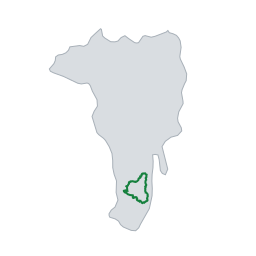 Santa Cruz del Seybo, El Seybo, Dominican Republic (highlighted), rotated 80°
{"feature_id": "3306468B51823501845904", "entity_name": "Santa Cruz del Seybo", "entity_type": "district", "adm_level": 2, "iso_a3": "DOM", "parent_name": "Dominican Republic", "parent_adm1": "El Seybo", "projection": "orthographic", "projection_center": [-69.057, 18.747], "detail": "fine", "context": "in_parent", "style": "outline", "palette": "green", "viewbox_px": 256, "rotation_deg": 80, "n_neighbors": 0, "source": "geoboundaries", "source_scale": "gbopen_adm2", "svg_char_len": 5609}
<svg xmlns="http://www.w3.org/2000/svg" viewBox="0 0 256 256"><g transform="rotate(80 128 128)"><path d="M38.0,171.1L38.4,161.3L39.9,157.4L38.6,153.2L32.5,148.7L28.7,142.9L25.5,137.8L26.2,137.1L33.0,137.0L35.4,135.2L40.0,130.1L40.9,125.9L40.6,122.8L37.7,119.0L36.6,115.0L40.3,111.6L45.1,106.6L45.8,104.7L45.8,102.8L40.3,97.4L40.0,95.1L42.6,89.4L42.4,85.5L40.1,73.6L38.9,71.8L41.3,70.8L43.0,67.3L45.2,64.2L48.1,62.5L51.3,61.5L57.8,61.7L66.7,64.6L69.2,64.5L77.8,62.1L84.9,60.8L91.5,62.5L94.2,64.6L99.7,68.1L102.5,69.2L111.2,69.2L113.6,69.5L120.9,75.2L127.0,77.5L130.6,77.6L137.0,75.5L140.2,75.6L143.9,80.4L144.5,87.3L147.6,93.6L152.2,97.7L175.4,96.0L180.5,99.3L178.7,102.1L175.5,103.5L164.5,102.8L159.7,103.2L158.7,105.9L158.7,108.4L165.1,109.0L171.4,110.3L177.8,112.3L184.4,113.7L191.8,114.6L199.0,116.1L211.1,121.0L224.6,132.2L228.2,134.8L230.5,138.3L229.4,142.6L224.7,149.8L221.9,152.1L218.0,153.5L215.3,156.4L212.7,161.4L211.1,161.8L209.2,161.6L206.0,158.8L203.6,154.5L197.2,150.4L189.5,150.9L178.1,148.5L171.2,149.7L164.4,149.9L157.4,148.7L150.3,148.2L143.2,149.7L136.4,152.3L133.9,153.9L129.4,158.0L127.1,159.4L110.4,161.4L105.6,158.4L101.2,154.3L94.8,153.6L85.5,156.7L79.7,157.8L77.3,159.1L76.6,160.6L76.5,166.3L75.2,169.7L66.0,182.6L60.7,191.8L58.6,194.6L56.2,195.2L51.8,189.8L48.9,187.9L45.4,186.9L44.0,184.0L44.1,180.0L43.2,176.2L41.1,173.1L38.0,171.1Z" fill="#d9dde1" stroke="#a8b0b8" stroke-width="1"/><path d="M186.8,119.9L186.5,120.1L186.2,120.2L186.1,120.3L185.6,120.3L185.3,120.4L185.2,120.4L184.9,120.3L184.3,120.3L184.1,120.2L183.5,120.0L183.3,119.9L183.0,119.8L182.8,119.7L182.7,119.7L182.3,119.3L182.2,119.1L181.8,119.1L181.2,119.1L180.6,119.3L180.4,119.3L180.2,119.2L180.1,118.9L180.0,118.7L179.9,118.6L179.6,118.4L179.4,118.4L179.1,118.4L178.9,118.4L178.7,118.2L178.4,118.2L178.2,118.1L177.8,118.0L177.5,117.9L177.2,117.8L177.0,118.2L176.7,118.6L176.3,118.7L176.0,118.8L175.8,118.9L175.7,118.9L175.6,119.0L175.6,120.0L175.5,120.3L175.5,120.5L175.4,120.7L175.4,120.8L175.5,120.9L175.7,121.2L175.7,121.3L175.5,121.6L175.4,121.8L175.6,122.1L175.7,122.3L175.9,122.4L176.3,122.8L176.6,122.7L176.8,122.7L177.1,122.8L177.3,122.9L177.4,123.0L177.5,123.1L177.6,123.5L177.7,123.9L177.7,124.2L177.9,124.4L177.9,124.5L178.0,124.5L178.5,124.4L178.6,124.2L178.8,124.2L179.1,124.7L179.3,125.0L179.4,125.3L179.4,126.0L179.5,126.2L179.7,126.4L180.0,126.5L180.6,126.6L180.8,126.7L181.1,126.9L181.1,127.0L181.3,127.3L181.6,127.7L181.8,127.9L182.0,128.2L182.1,128.6L182.2,129.1L182.3,129.3L182.5,129.6L182.5,129.8L182.4,129.9L182.2,130.0L182.3,130.3L182.3,130.5L182.0,130.8L181.9,130.9L181.9,131.0L181.9,131.3L181.8,131.6L181.7,131.8L181.5,132.2L181.3,132.3L181.2,132.5L181.2,133.6L181.1,133.9L181.0,134.1L181.0,134.6L181.3,134.6L181.5,134.8L181.5,135.1L181.5,136.3L181.6,136.5L181.8,136.6L182.9,136.6L183.0,136.6L183.2,136.8L183.2,137.0L183.3,137.1L183.4,137.3L183.7,137.6L183.9,137.7L184.7,138.1L184.8,138.2L184.8,138.3L184.9,138.7L185.0,138.8L185.1,139.0L185.1,139.3L185.0,139.6L185.1,139.8L185.3,139.7L185.5,139.5L185.8,139.4L186.0,139.3L186.8,139.3L187.0,139.3L187.4,139.4L187.6,139.4L188.9,139.5L189.6,139.5L189.8,139.5L189.7,139.8L189.8,140.1L189.7,140.3L189.2,140.5L189.0,140.9L189.1,141.1L189.0,141.4L189.0,141.6L189.1,141.9L189.1,142.0L189.1,142.3L189.0,142.5L189.0,142.8L189.1,143.0L189.6,143.0L189.8,143.0L189.9,142.9L190.2,142.7L190.6,142.4L190.8,142.3L190.8,142.2L191.1,141.8L191.2,141.7L191.3,141.6L191.4,141.4L191.5,141.2L191.5,140.9L191.6,140.7L191.9,140.6L192.2,140.4L192.7,140.1L192.8,140.0L193.1,139.8L193.1,139.7L193.3,139.4L193.6,139.0L193.8,138.7L194.0,138.2L194.3,137.8L194.5,137.5L194.5,137.4L194.5,137.0L194.6,136.8L194.7,136.4L194.8,136.4L194.9,136.2L195.0,136.1L195.0,135.9L195.1,135.7L195.0,135.3L195.0,135.2L195.1,134.9L195.3,134.9L195.6,135.0L195.8,135.0L196.1,134.9L196.3,134.9L196.6,135.0L196.8,135.0L197.1,135.3L197.3,135.3L197.5,135.3L197.8,135.0L197.9,134.8L197.9,134.7L197.8,134.4L197.7,134.4L197.3,134.2L197.2,134.0L197.2,133.9L197.4,133.5L197.5,133.4L197.7,133.2L197.7,132.8L197.6,132.7L197.4,132.5L197.4,132.4L197.5,132.3L197.5,132.1L197.6,131.9L197.8,131.8L197.8,131.6L198.0,131.5L198.4,131.5L198.5,131.5L198.7,131.4L199.2,131.3L199.3,131.3L199.5,131.2L199.7,131.3L199.8,131.4L199.9,131.5L200.0,131.7L200.3,131.7L200.7,131.5L200.8,131.4L201.0,131.1L201.2,130.9L201.3,130.8L201.6,130.4L201.7,130.1L201.8,130.0L201.7,130.0L201.5,129.7L201.5,129.4L201.9,129.0L201.9,128.9L202.0,128.8L201.9,128.7L201.9,128.4L202.0,128.4L202.5,128.2L203.0,127.7L203.5,127.4L204.0,127.4L204.4,126.9L204.5,126.8L204.5,126.7L204.3,126.2L204.2,126.0L204.0,125.7L203.9,125.3L204.2,125.0L204.3,124.9L204.2,124.8L204.1,124.5L203.9,124.2L203.8,123.9L203.5,123.6L203.5,123.3L203.4,123.2L203.2,122.9L203.2,122.7L203.3,122.5L203.3,122.4L203.2,122.2L203.0,121.7L202.9,121.5L202.8,121.4L202.7,121.4L202.0,121.4L201.8,121.3L201.7,121.3L201.5,121.2L201.4,121.2L201.3,121.3L201.2,121.3L201.1,121.5L200.9,121.5L200.6,121.5L200.4,121.4L200.1,121.2L199.3,120.8L199.2,120.7L198.9,120.5L198.8,120.4L198.7,120.4L198.3,120.5L198.2,120.5L197.9,120.5L197.6,120.2L197.4,120.2L197.2,120.2L196.9,120.2L196.6,120.2L195.7,120.7L195.4,120.9L195.3,121.0L195.1,121.0L194.9,121.1L194.7,121.5L194.6,121.8L194.3,121.7L194.1,121.7L193.5,121.9L193.4,122.0L193.2,122.0L193.0,121.9L192.8,121.8L192.7,121.8L192.3,121.9L192.2,121.9L191.9,121.8L191.7,121.7L191.4,121.5L191.1,121.5L190.9,121.5L190.7,121.6L190.4,121.6L190.2,121.5L189.9,121.2L189.7,121.1L189.4,120.9L189.2,120.8L188.8,121.1L188.7,121.2L188.0,120.6L187.9,120.5L187.8,120.2L187.7,120.1L187.4,119.9L186.8,119.9Z" fill="none" stroke="#15803d" stroke-width="2"/></g></svg>